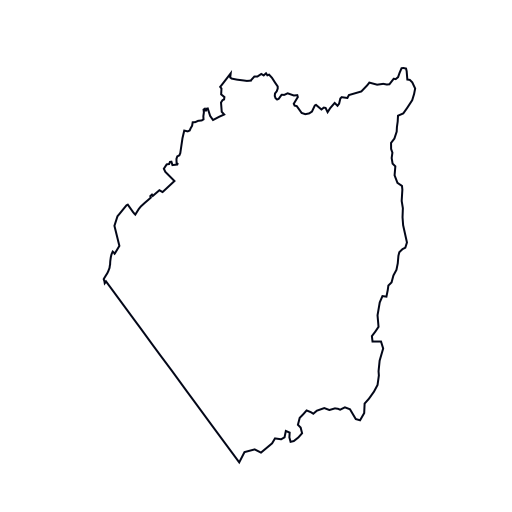 outline of Gwagwalada, Federal Capital Territory, Nigeria, rotated 188°
{"feature_id": "59680162B34682847069002", "entity_name": "Gwagwalada", "entity_type": "district", "adm_level": 2, "iso_a3": "NGA", "parent_name": "Nigeria", "parent_adm1": "Federal Capital Territory", "projection": "equal_earth", "projection_center": [7.039, 9.072], "detail": "fine", "context": "isolated", "style": "outline", "palette": "ink", "viewbox_px": 512, "rotation_deg": 188, "n_neighbors": 0, "source": "geoboundaries", "source_scale": "gbopen_adm2", "svg_char_len": 3339}
<svg xmlns="http://www.w3.org/2000/svg" viewBox="0 0 512 512"><g transform="rotate(188 256 256)"><path d="M399.6,233.6L399.6,230.9L399.5,229.3L399.3,227.2L399.4,226.1L399.4,223.8L400.2,220.3L400.9,218.1L401.7,216.4L403.3,212.7L403.6,211.9L402.6,209.9L402.0,208.0L401.6,208.7L401.0,210.0L367.5,175.7L361.1,169.2L357.8,165.8L346.4,154.0L337.3,144.7L323.6,130.9L305.5,112.2L295.3,101.8L276.2,82.2L243.9,49.3L240.1,60.2L230.4,64.3L223.7,62.0L215.9,70.6L214.0,72.7L211.8,78.0L205.6,78.0L202.5,80.4L202.1,86.9L198.1,85.8L197.7,81.0L195.9,76.8L192.8,78.0L188.8,82.2L185.7,86.9L187.9,92.3L191.0,94.7L190.2,101.8L187.1,106.0L184.4,110.1L180.0,109.0L177.3,107.8L174.2,111.3L167.2,114.9L161.9,113.7L156.6,116.1L153.5,116.1L151.3,115.5L146.9,118.5L141.6,117.3L134.5,108.4L130.1,107.8L127.0,115.5L127.9,125.0L124.3,130.4L120.3,138.1L117.7,145.2L117.7,154.8L118.6,158.9L119.0,169.6L117.2,182.1L120.3,188.7L128.7,187.5L130.1,192.8L127.4,197.6L124.8,202.9L127.4,214.2L127.0,227.3L125.2,233.9L121.2,233.9L120.8,240.4L120.8,245.2L118.1,248.7L117.2,255.9L115.0,261.8L114.6,268.4L115.0,276.1L114.6,279.7L111.9,283.2L109.3,285.0L108.4,290.4L114.6,307.0L116.3,314.8L117.2,323.7L119.4,330.8L120.3,342.1L121.2,345.7L126.1,348.1L130.0,355.2L130.5,364.2L133.6,366.5L135.3,371.9L135.3,376.7L135.3,377.3L137.1,380.8L138.0,386.8L135.3,391.5L134.0,398.7L134.4,403.4L134.4,408.8L134.9,414.7L130.0,417.7L126.9,423.7L123.0,432.0L122.0,438.4L121.7,444.0L125.4,449.7L128.2,451.8L130.7,451.8L132.5,459.9L133.5,462.5L136.2,462.7L138.0,462.2L139.3,457.4L140.2,452.9L142.3,450.6L144.3,450.7L147.8,444.6L150.3,444.0L153.9,444.2L159.9,442.5L167.9,443.5L168.2,442.9L169.7,440.4L174.6,433.6L186.4,428.3L187.5,425.2L193.3,425.2L194.4,423.7L194.9,418.4L196.2,416.1L199.4,418.5L203.1,412.8L205.1,408.4L207.7,412.3L209.5,412.4L211.6,410.2L217.6,414.0L218.7,413.2L220.7,406.8L223.2,404.6L226.9,403.3L230.7,404.0L236.5,410.1L238.7,410.3L239.8,412.0L237.2,418.1L236.7,419.2L237.5,421.0L240.8,420.2L247.3,421.5L250.4,419.5L253.1,419.2L255.4,414.8L256.9,413.9L258.6,415.0L259.7,417.1L259.8,419.6L258.4,422.0L257.8,424.8L258.1,426.9L261.3,430.4L265.0,434.7L268.3,437.4L269.9,436.5L271.5,438.3L273.5,435.9L276.1,437.0L279.6,433.9L282.6,433.5L285.3,429.5L285.4,429.0L288.4,428.3L289.5,428.1L292.6,428.1L299.4,428.0L304.8,428.3L306.4,429.2L306.5,433.3L313.8,420.5L315.0,418.5L313.5,417.0L313.0,411.2L309.4,409.0L309.4,406.6L310.8,405.7L312.0,403.1L310.0,394.0L308.5,392.8L307.2,391.7L307.8,391.3L311.0,389.3L312.2,388.5L313.3,387.7L315.1,386.4L317.5,384.7L320.9,388.3L324.3,395.4L325.4,395.0L325.7,393.1L326.6,393.0L327.3,394.6L328.3,393.7L327.6,391.0L327.6,387.1L327.0,384.0L328.6,382.7L332.1,381.8L334.8,380.1L337.3,379.6L337.4,376.1L338.6,373.1L339.1,371.1L341.0,369.9L344.5,370.2L345.2,362.5L345.3,347.3L345.9,345.0L347.8,343.7L348.3,341.1L347.6,337.1L346.5,336.4L346.7,335.6L351.4,334.4L352.9,337.6L354.3,337.2L354.8,335.0L357.2,334.3L359.4,329.6L357.5,326.7L347.2,318.9L357.1,306.7L357.5,306.3L360.8,307.7L366.6,301.1L367.6,302.3L369.0,300.6L368.3,299.2L370.4,296.7L373.4,293.3L376.9,289.1L378.6,286.3L381.3,280.2L382.6,281.2L384.0,282.5L390.1,289.0L391.3,288.2L393.2,285.1L397.3,278.3L398.7,276.1L400.4,266.2L392.7,247.0L396.2,238.7L396.3,238.6L396.4,238.8L397.2,239.5L398.5,240.4L399.2,238.0L399.4,236.9L399.6,234.6L399.6,233.6Z" fill="none" stroke="#020617" stroke-width="2"/></g></svg>